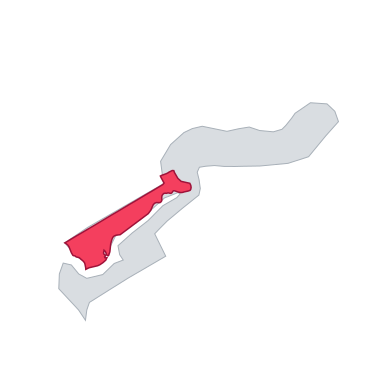 North Bank on a map of Gambia (Equal Earth projection), rotated 329°
{"feature_id": "GMB-5513", "entity_name": "North Bank", "entity_type": "Division", "adm_level": 1, "iso_a3": "GMB", "parent_name": "Gambia", "parent_adm1": "", "projection": "equal_earth", "projection_center": [-15.943, 13.489], "detail": "fine", "context": "in_parent", "style": "filled", "palette": "rose", "viewbox_px": 384, "rotation_deg": 329, "n_neighbors": 0, "source": "natural_earth", "source_scale": "10m", "svg_char_len": 2358}
<svg xmlns="http://www.w3.org/2000/svg" viewBox="0 0 384 384"><g transform="rotate(329 192 192)"><path d="M56.7,170.0L84.5,168.6L118.1,169.2L154.6,169.9L171.9,170.2L180.9,149.5L198.1,140.3L215.7,136.9L224.9,137.8L234.6,140.9L253.2,158.0L264.8,161.9L274.5,165.8L281.6,174.1L292.7,182.3L301.4,184.6L306.6,183.3L315.3,180.1L320.9,177.6L339.5,176.5L353.1,186.0L356.0,196.4L353.8,207.1L335.5,212.8L310.1,221.8L289.1,216.9L263.6,204.7L248.6,196.0L242.4,192.5L233.1,186.9L224.9,180.9L217.1,177.0L211.1,174.6L206.7,177.7L204.4,185.1L200.9,193.3L196.3,198.2L174.9,201.1L155.7,204.1L145.4,206.7L138.5,208.6L136.4,233.5L114.6,233.2L93.2,232.9L71.1,233.3L47.2,233.8L41.1,238.9L34.6,247.1L34.0,234.6L28.0,206.3L36.1,193.9L45.0,186.6L51.0,192.4L52.7,203.9L57.3,211.8L73.0,216.8L88.5,213.2L98.0,214.9L97.7,208.5L100.9,199.9L119.7,196.3L139.6,193.9L160.1,188.7L176.1,189.0L180.9,187.5L179.7,185.3L165.3,182.9L134.7,188.8L103.4,190.5L79.7,205.9L70.0,204.5L60.2,189.1L56.7,170.0Z" fill="#d9dde1" stroke="#a8b0b8" stroke-width="1"/><path d="M170.9,170.6L172.7,169.9L172.9,164.0L173.1,162.0L174.7,162.1L179.6,163.1L181.5,163.2L182.3,163.1L186.1,163.4L187.4,164.3L187.0,166.3L186.9,173.1L188.2,177.3L194.6,183.4L194.4,185.6L193.6,187.6L192.4,189.0L191.2,189.6L189.2,189.2L185.4,187.9L183.7,187.5L182.2,186.8L180.3,185.1L177.7,182.0L176.7,181.4L175.8,181.6L174.8,182.1L173.9,182.4L172.9,182.1L172.1,181.4L171.4,180.7L171.0,180.4L169.5,180.0L168.2,179.1L166.8,178.7L164.6,179.5L163.5,180.7L161.9,183.5L160.8,184.4L159.0,184.6L156.0,182.7L154.1,182.4L152.1,183.0L147.3,186.4L143.4,188.0L108.4,191.6L104.9,190.0L102.7,189.6L100.7,190.1L98.7,191.6L95.6,194.6L91.0,200.7L90.0,201.7L89.2,202.2L88.4,203.1L87.5,203.5L86.6,202.6L86.5,201.5L86.9,200.0L87.1,198.3L86.6,196.6L84.7,198.8L84.5,200.0L85.2,201.7L84.1,202.5L83.6,202.6L83.6,203.6L84.1,203.8L84.6,204.3L85.2,204.5L83.0,206.0L79.3,206.7L75.5,206.9L73.1,206.6L64.7,203.9L61.1,203.6L61.8,202.3L63.1,198.7L63.4,197.1L63.1,195.1L62.1,192.2L61.8,191.1L61.4,190.0L59.3,188.0L58.7,186.4L57.6,185.5L57.3,185.0L57.3,182.0L58.3,175.8L58.2,173.5L57.5,171.5L56.8,170.1L63.7,170.1L70.5,170.1L77.3,170.2L84.1,170.2L90.9,170.3L97.6,170.3L104.4,170.3L108.9,170.3L111.2,170.3L118.0,170.4L124.8,170.4L131.6,170.4L138.4,170.5L145.2,170.5L152.0,170.5L158.8,170.6L165.6,170.6L170.9,170.6Z" fill="#f43f5e" stroke="#9f1239" stroke-width="1.5"/></g></svg>